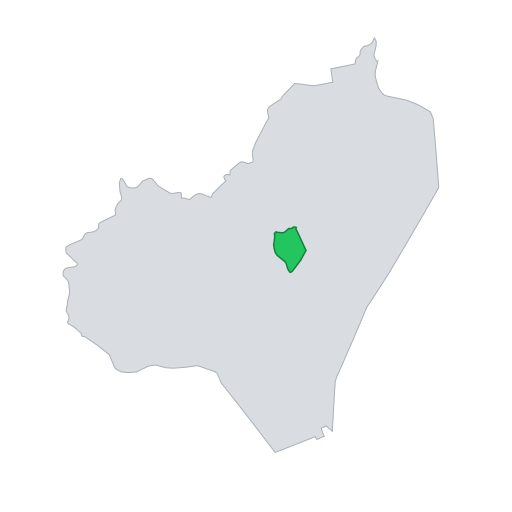 Karbala' on a map of Iraq (Albers equal-area conic projection), rotated 261°
{"feature_id": "IRQ-3062", "entity_name": "Karbala'", "entity_type": "Province", "adm_level": 1, "iso_a3": "IRQ", "parent_name": "Iraq", "parent_adm1": "", "projection": "albers", "projection_center": [44.011, 32.497], "detail": "fine", "context": "in_parent", "style": "filled", "palette": "green", "viewbox_px": 512, "rotation_deg": 261, "n_neighbors": 0, "source": "natural_earth", "source_scale": "10m", "svg_char_len": 3549}
<svg xmlns="http://www.w3.org/2000/svg" viewBox="0 0 512 512"><g transform="rotate(261 256 256)"><path d="M203.7,71.8L207.4,70.9L214.3,65.3L218.4,60.0L219.7,59.5L223.2,61.3L225.8,61.8L231.7,59.9L235.2,61.0L238.1,62.3L239.8,62.4L247.7,65.8L249.7,66.2L253.7,66.6L259.8,66.8L263.8,64.7L266.5,62.6L268.5,62.6L270.4,63.1L272.0,64.0L273.3,65.6L273.9,67.8L273.7,74.9L274.3,76.8L275.4,78.2L276.8,78.4L278.4,76.9L281.3,74.6L284.9,72.1L287.5,69.8L289.0,69.0L291.4,69.1L293.8,69.5L295.1,70.5L295.1,70.9L296.4,74.3L299.6,86.7L301.4,88.3L303.5,89.6L304.9,91.5L305.5,93.3L305.3,96.2L305.4,99.6L306.3,102.2L307.5,104.1L308.6,105.1L310.2,105.2L312.2,105.6L313.6,107.6L317.9,121.8L318.4,123.6L320.2,124.2L323.1,123.9L326.1,125.3L329.3,127.6L332.4,131.9L334.5,132.6L340.8,131.8L349.5,132.4L353.7,134.5L353.3,135.9L350.2,137.5L344.7,139.4L343.1,142.5L342.2,146.5L342.4,148.8L343.9,151.2L347.9,156.0L348.1,157.8L348.9,160.2L349.6,161.9L348.9,165.2L345.4,167.5L340.7,170.1L331.4,181.1L330.8,183.5L330.9,189.9L330.0,191.8L327.0,191.8L324.7,191.5L324.6,193.8L323.1,196.8L322.3,199.4L325.9,205.6L326.6,208.8L326.1,211.8L322.9,217.0L321.0,220.5L321.5,221.3L324.0,222.6L332.1,233.8L334.7,237.8L338.0,236.7L339.3,236.7L340.3,237.3L340.9,238.7L340.9,240.4L340.1,242.9L344.4,243.9L346.0,246.4L351.2,255.2L351.0,257.8L348.7,262.0L348.8,264.8L349.3,267.2L350.1,268.1L357.5,268.3L360.7,269.2L368.4,273.6L377.4,280.3L384.7,285.7L390.9,290.4L397.5,289.8L399.3,290.7L401.0,292.1L403.0,296.0L407.0,304.9L410.3,307.8L415.5,314.8L420.4,321.3L417.7,330.6L415.0,340.2L415.4,352.5L415.6,359.1L422.0,359.1L429.1,359.2L429.5,367.1L429.8,375.0L430.2,384.0L432.3,384.3L435.7,386.1L437.3,389.0L439.1,390.5L441.3,390.7L443.5,392.1L445.7,394.6L446.6,396.5L446.1,397.9L446.6,400.3L448.2,403.6L450.1,405.2L453.0,407.0L449.2,408.3L445.1,407.6L436.2,404.0L433.4,404.0L429.7,405.6L429.6,407.0L420.2,402.9L416.8,402.1L415.6,402.0L410.4,402.2L402.8,403.3L398.5,405.2L395.4,407.2L394.1,409.2L393.6,410.2L391.4,415.8L388.8,423.0L386.1,429.5L380.7,438.6L377.6,442.9L371.1,450.8L363.9,452.5L346.9,451.3L328.2,449.9L309.6,448.4L295.7,447.3L294.6,446.9L280.9,435.9L270.1,427.2L256.7,416.3L243.0,405.1L229.3,393.7L219.3,385.5L207.2,374.8L196.3,365.0L187.8,357.2L176.7,350.4L168.1,345.0L155.7,337.2L145.7,330.8L137.2,325.4L124.2,317.0L119.9,314.7L106.2,311.6L93.3,308.8L79.9,305.9L71.0,304.0L77.2,298.6L75.6,293.4L71.3,294.2L67.3,295.2L65.3,287.2L68.3,286.3L66.0,275.9L63.6,265.2L61.3,254.8L59.0,244.2L70.5,238.0L79.1,233.3L91.1,226.8L102.6,220.5L113.6,214.4L125.6,207.7L136.3,201.7L146.0,199.4L148.1,197.5L152.7,188.9L156.6,181.6L156.9,179.8L157.1,169.3L158.1,157.0L159.5,150.4L161.8,144.6L163.9,140.4L164.2,136.5L164.0,132.4L162.2,126.3L160.2,119.8L160.6,113.7L161.1,110.4L162.5,105.2L164.9,101.5L167.3,99.1L176.3,96.9L181.6,95.6L188.8,88.9L193.1,84.9L199.0,78.7L203.4,74.0L203.7,72.4L203.7,71.8Z" fill="#d9dde1" stroke="#a8b0b8" stroke-width="1"/><path d="M271.2,277.3L272.3,277.4L273.7,277.8L273.9,277.9L274.1,277.8L274.5,277.6L274.9,277.5L275.1,277.6L275.4,277.8L276.4,278.8L276.6,279.1L276.6,279.4L276.6,280.0L276.2,280.4L274.8,285.5L274.9,287.3L275.6,288.9L277.8,292.2L278.1,293.1L277.7,294.1L277.6,294.9L277.9,295.9L278.7,297.5L278.8,298.0L278.3,299.2L278.3,299.5L278.1,300.0L277.9,300.3L277.6,300.1L277.1,299.7L276.0,299.8L272.3,301.0L253.6,306.3L251.7,304.7L245.1,299.7L235.7,290.0L234.7,288.6L234.5,287.1L236.6,286.0L238.5,285.3L243.4,284.7L244.2,284.5L244.7,284.4L245.8,283.7L253.2,277.1L256.4,275.6L259.8,275.2L264.3,275.2L271.2,277.3Z" fill="#22c55e" stroke="#15803d" stroke-width="1.5"/></g></svg>